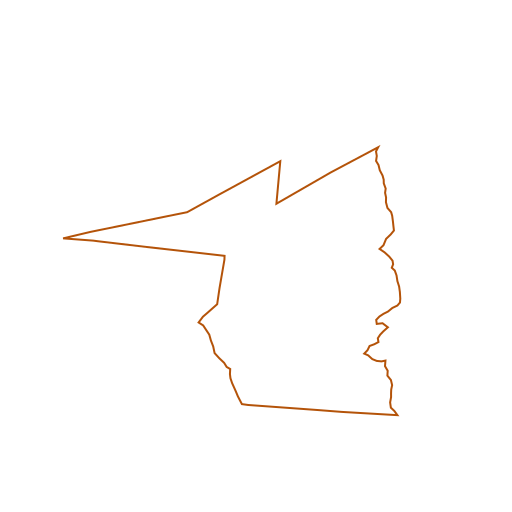 Italva, Rio de Janeiro, Brazil, rotated 110°
{"feature_id": "56859067B48628253116757", "entity_name": "Italva", "entity_type": "district", "adm_level": 2, "iso_a3": "BRA", "parent_name": "Brazil", "parent_adm1": "Rio de Janeiro", "projection": "orthographic", "projection_center": [-41.653, -21.457], "detail": "fine", "context": "isolated", "style": "outline", "palette": "amber", "viewbox_px": 512, "rotation_deg": 110, "n_neighbors": 0, "source": "geoboundaries", "source_scale": "gbopen_adm2", "svg_char_len": 1473}
<svg xmlns="http://www.w3.org/2000/svg" viewBox="0 0 512 512"><g transform="rotate(110 256 256)"><path d="M158.6,265.6L211.0,311.8L238.4,335.7L248.9,352.9L289.9,419.7L305.4,443.3L297.2,414.1L296.2,409.6L284.9,361.7L277.9,332.7L266.6,285.6L270.3,284.4L298.6,279.3L314.6,276.0L326.2,282.3L331.2,285.1L338.1,287.2L339.3,281.9L341.9,278.4L345.9,273.0L350.8,269.5L355.6,265.3L361.4,261.7L364.6,255.6L367.3,249.4L370.3,245.6L371.0,241.6L375.9,240.1L379.6,238.2L383.6,235.0L387.7,231.0L390.4,228.4L394.0,225.1L396.6,222.3L400.0,218.6L398.7,212.5L379.6,145.2L373.2,122.2L357.2,68.7L354.3,73.0L352.4,77.4L347.7,79.9L342.4,80.8L338.6,82.2L335.1,83.3L330.8,83.9L326.4,86.8L323.5,91.6L318.8,93.0L315.4,97.1L310.0,98.6L312.1,102.0L313.3,106.7L313.1,111.5L311.0,116.6L310.7,120.9L306.4,119.0L301.7,118.5L298.5,114.7L295.0,111.5L291.6,113.4L287.4,112.4L283.3,110.6L277.9,107.7L275.9,114.1L278.5,119.3L274.9,121.2L270.6,119.3L266.7,116.4L263.1,113.0L258.2,110.1L254.2,106.2L250.5,104.8L246.8,105.8L240.6,108.5L235.7,111.1L231.3,114.5L226.2,117.3L222.2,120.6L220.6,124.4L216.9,124.3L213.7,126.1L211.0,130.6L208.6,136.4L207.1,142.3L202.3,139.9L195.4,139.6L189.7,136.8L184.9,135.1L180.3,137.4L176.8,139.1L171.6,141.8L168.6,144.0L165.9,148.9L161.0,152.3L156.5,153.8L152.5,156.3L148.3,157.2L144.0,160.8L140.6,162.1L137.1,164.6L133.1,169.0L128.6,172.0L125.6,175.7L120.7,176.7L116.7,179.0L112.0,178.4L152.1,214.5L199.9,254.7L158.6,265.6Z" fill="none" stroke="#b45309" stroke-width="2"/></g></svg>